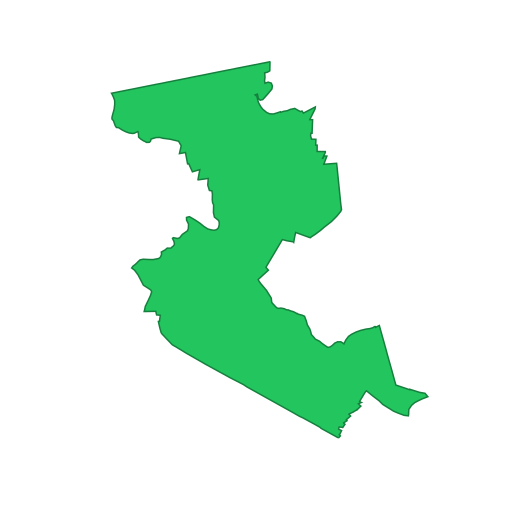 Tuxtilla, Veracruz, Mexico (orthographic projection), rotated 163°
{"feature_id": "50627088B40766797013882", "entity_name": "Tuxtilla", "entity_type": "district", "adm_level": 2, "iso_a3": "MEX", "parent_name": "Mexico", "parent_adm1": "Veracruz", "projection": "orthographic", "projection_center": [-95.881, 18.191], "detail": "fine", "context": "isolated", "style": "filled", "palette": "green", "viewbox_px": 512, "rotation_deg": 163, "n_neighbors": 0, "source": "geoboundaries", "source_scale": "gbopen_adm2", "svg_char_len": 5551}
<svg xmlns="http://www.w3.org/2000/svg" viewBox="0 0 512 512"><g transform="rotate(163 256 256)"><path d="M346.6,453.9L346.3,452.8L346.3,452.6L346.3,452.4L345.9,449.9L345.7,446.5L346.0,444.9L346.9,442.1L348.1,439.3L348.2,439.2L348.3,438.7L349.4,436.8L351.2,434.0L352.7,431.6L353.5,430.0L353.6,428.9L353.6,428.7L352.8,427.2L352.7,425.3L352.5,421.6L351.9,419.7L349.9,418.9L348.8,417.6L346.9,415.4L343.9,412.6L341.3,410.7L338.1,409.2L336.4,409.0L334.0,409.4L332.6,409.5L332.5,408.7L333.0,405.8L333.5,404.0L332.9,403.0L332.1,401.6L329.8,398.9L328.7,398.0L328.2,397.4L327.4,396.6L325.2,396.0L324.7,395.9L323.3,396.7L323.2,396.8L322.2,398.5L319.0,398.5L318.7,398.5L317.0,398.5L313.4,397.5L310.2,395.6L304.0,392.8L296.5,388.4L295.3,383.3L299.3,376.3L293.2,375.6L294.5,364.1L293.4,364.0L293.3,363.7L292.2,355.1L284.5,355.0L289.2,345.9L288.9,345.7L279.0,344.1L281.4,337.9L281.4,332.3L279.1,331.2L279.6,327.9L281.4,322.5L281.9,319.7L281.6,317.3L282.1,315.7L284.0,310.0L284.4,305.4L281.4,300.9L281.3,300.7L281.4,298.8L282.1,296.5L283.7,293.9L286.1,292.7L288.7,292.9L291.2,294.1L294.2,296.0L297.1,299.4L300.0,303.7L300.9,304.8L302.9,307.3L304.4,309.0L308.2,313.1L310.8,313.2L311.2,313.2L311.9,310.6L311.2,306.2L312.7,302.0L314.1,300.2L316.4,299.4L320.2,298.2L321.6,297.2L323.6,295.8L324.3,295.7L325.4,295.7L326.0,295.7L327.6,296.6L329.7,297.7L330.7,297.3L330.2,293.8L330.4,291.9L330.8,290.7L332.4,289.6L334.0,289.0L335.1,288.4L338.6,289.5L341.2,288.4L345.4,287.5L345.8,285.3L347.3,283.3L348.5,282.4L350.2,282.1L355.6,282.7L360.1,284.2L364.8,285.9L368.1,286.2L370.5,285.0L372.3,284.0L374.5,283.0L376.5,282.3L378.4,280.9L376.3,278.0L374.3,272.4L372.2,261.0L367.1,255.0L366.5,254.0L366.3,252.9L366.3,252.2L368.6,248.9L369.7,247.7L372.0,245.1L374.9,242.0L375.4,241.4L376.5,240.3L378.2,237.2L379.2,235.6L376.1,234.7L373.3,233.9L368.0,232.4L368.3,228.7L368.0,228.6L367.7,228.5L365.6,227.6L364.9,227.3L365.5,225.8L366.2,224.5L366.8,223.1L367.4,221.8L368.4,222.0L368.5,222.0L369.0,215.5L369.1,211.4L369.1,210.3L368.8,209.3L368.6,208.8L367.7,207.0L366.8,205.2L366.6,204.8L366.3,204.1L363.3,198.2L362.6,196.7L361.9,195.5L360.8,194.2L360.4,193.9L360.3,193.7L360.2,193.7L350.8,183.1L335.4,166.7L316.3,147.1L305.7,136.8L302.9,133.4L267.8,96.9L261.3,90.0L258.6,87.6L253.0,81.9L248.8,77.6L244.8,73.4L244.2,72.2L230.9,58.5L229.9,58.1L227.9,59.3L228.5,60.6L228.4,60.6L225.2,64.0L227.3,65.9L227.6,66.3L227.4,66.8L226.4,68.2L225.3,67.7L224.0,67.1L223.2,66.6L220.4,68.9L220.1,69.1L221.0,70.4L221.0,70.8L217.1,71.9L217.6,73.0L212.3,75.3L213.1,76.9L213.4,77.6L213.2,77.7L211.2,78.0L208.9,78.3L208.4,78.4L208.4,78.5L204.8,79.3L204.5,79.5L204.4,79.3L200.4,81.4L199.6,81.8L201.2,84.4L201.3,84.8L199.9,84.9L199.7,84.9L198.8,85.1L198.1,85.1L198.9,85.9L199.5,86.6L197.6,88.3L191.6,93.7L189.8,94.8L185.1,87.8L180.5,81.4L179.0,78.5L178.1,76.9L174.0,72.2L173.2,71.3L172.3,70.3L170.7,68.4L169.7,67.3L168.4,66.2L165.5,63.8L160.9,60.3L157.0,58.6L156.5,59.6L154.7,64.6L150.9,67.7L147.0,69.4L142.6,70.2L138.4,70.8L132.8,71.2L134.5,75.3L134.9,75.5L135.5,75.8L137.9,77.0L139.6,77.9L147.9,83.6L148.1,83.2L148.2,83.3L148.4,83.4L160.0,91.7L159.6,105.3L159.2,123.4L159.0,129.0L158.4,153.5L160.3,153.2L162.5,152.8L162.5,153.6L163.1,153.8L164.5,153.5L165.4,153.2L166.8,153.3L168.3,153.3L171.9,153.9L173.1,154.0L176.6,154.2L177.7,154.3L178.6,154.2L181.6,154.1L182.8,154.0L187.6,153.2L189.4,152.6L191.0,152.1L194.7,149.4L197.6,146.3L197.9,146.8L199.9,149.1L203.0,150.1L206.1,149.7L206.9,149.3L209.3,148.1L211.6,147.4L212.1,147.4L214.0,147.6L216.3,150.4L217.3,151.7L218.4,153.1L220.2,156.0L221.2,156.9L223.6,159.2L224.0,160.2L224.5,161.5L225.6,163.8L226.0,164.7L225.8,167.6L225.9,170.6L226.2,171.7L227.0,175.1L226.9,179.4L227.0,180.8L227.2,184.2L229.2,185.9L232.7,188.1L233.5,189.1L233.8,189.0L235.3,190.7L236.8,192.0L238.2,192.9L239.3,193.6L240.7,194.9L241.5,195.2L242.6,195.7L244.5,197.4L247.4,198.9L248.4,199.1L249.9,199.4L250.9,200.0L251.6,200.9L252.3,202.3L254.4,206.6L254.4,207.6L253.7,211.3L254.0,212.5L254.9,215.7L256.1,220.4L256.3,220.6L258.4,225.6L259.4,227.9L259.7,228.6L260.6,231.6L260.8,232.9L248.3,238.8L249.8,242.3L249.7,242.4L247.4,244.5L245.2,246.5L237.8,253.2L226.0,264.0L222.9,262.1L222.7,261.9L216.0,258.5L215.9,258.2L213.3,263.2L211.2,266.9L208.8,265.1L199.9,258.4L198.7,257.6L197.3,258.2L193.0,259.4L186.6,261.7L182.1,263.7L173.9,266.8L170.7,268.5L167.0,270.5L161.9,273.9L161.1,274.9L160.7,275.2L159.7,281.1L152.4,317.8L152.4,318.1L152.3,318.4L151.8,321.1L164.3,323.9L159.0,330.8L161.8,331.8L163.5,329.8L163.8,329.9L159.4,334.8L159.2,335.6L167.0,338.1L165.1,344.1L166.5,344.5L164.6,350.1L168.7,351.5L168.7,354.8L167.6,357.4L166.5,357.0L162.0,369.8L164.7,370.7L159.3,376.4L156.5,379.4L155.7,381.2L168.9,378.8L169.6,381.2L171.2,381.1L173.3,383.1L175.8,385.8L179.8,386.1L180.0,386.2L183.7,385.8L187.4,386.3L190.4,386.2L190.5,386.8L193.4,386.7L197.7,386.7L201.2,387.9L203.8,390.1L206.7,394.5L207.9,397.8L208.8,402.2L208.5,408.4L209.7,410.3L207.3,410.4L207.8,406.2L206.5,403.8L203.8,403.6L197.3,407.5L192.0,411.0L190.8,413.4L190.7,413.6L190.6,413.8L190.8,416.7L190.8,416.8L193.5,418.7L196.9,418.6L196.7,419.9L196.6,421.1L195.2,424.1L194.3,427.9L194.2,428.6L191.5,428.4L188.7,429.0L188.2,430.4L186.0,437.1L186.0,437.7L202.7,439.4L210.4,440.2L230.1,442.2L245.0,443.7L254.5,444.6L256.1,444.8L256.6,444.8L257.0,444.9L267.9,446.0L268.6,446.0L276.3,446.8L280.4,447.2L281.0,447.3L288.4,448.0L288.7,448.1L292.2,448.4L297.3,448.9L302.5,449.5L304.3,449.6L304.7,449.7L305.7,449.8L315.7,450.8L319.9,451.2L326.1,451.8L327.7,452.0L346.6,453.9Z" fill="#22c55e" stroke="#15803d" stroke-width="1.5"/></g></svg>